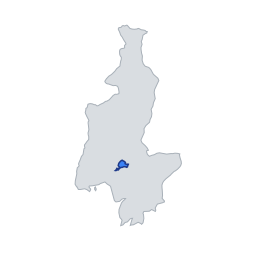 Pukchang, P'yŏngan-namdo, North Korea shown in context, rotated 319°
{"feature_id": "82179303B65927505203644", "entity_name": "Pukchang", "entity_type": "district", "adm_level": 2, "iso_a3": "PRK", "parent_name": "North Korea", "parent_adm1": "P'yŏngan-namdo", "projection": "natural_earth1", "projection_center": [126.287, 39.559], "detail": "fine", "context": "in_parent", "style": "filled", "palette": "blue", "viewbox_px": 256, "rotation_deg": 319, "n_neighbors": 0, "source": "geoboundaries", "source_scale": "gbopen_adm2", "svg_char_len": 4256}
<svg xmlns="http://www.w3.org/2000/svg" viewBox="0 0 256 256"><g transform="rotate(319 128 128)"><path d="M150.1,181.6L149.2,182.0L147.7,184.7L146.3,188.0L145.0,189.8L143.4,190.8L141.8,191.3L138.4,191.6L135.4,191.4L134.5,191.0L130.3,191.2L129.2,191.4L123.2,191.2L120.1,191.5L118.2,192.1L116.1,193.4L114.4,195.5L112.9,197.6L109.8,201.6L107.6,203.5L107.6,206.3L107.6,207.1L106.8,207.7L106.5,207.4L105.3,207.2L100.2,204.7L96.1,206.2L95.0,208.3L93.9,208.9L92.3,205.0L89.5,204.8L85.2,201.4L83.4,202.1L82.9,203.5L80.6,206.7L77.3,209.3L76.2,209.6L75.0,209.5L75.1,208.7L73.8,205.8L68.6,204.6L66.7,203.3L65.8,203.0L70.9,199.7L72.2,199.1L71.2,198.4L70.1,198.0L66.0,198.5L63.8,197.4L60.6,197.8L58.4,196.9L63.0,193.7L63.2,191.8L63.1,190.3L65.5,186.0L67.8,183.6L73.9,180.3L76.5,179.8L78.4,179.9L79.9,179.6L78.3,178.3L76.7,177.7L73.6,177.9L70.4,175.9L70.1,173.9L76.4,160.9L76.5,159.8L75.5,156.6L75.2,153.6L70.7,151.8L68.8,151.6L63.0,148.1L60.8,146.4L59.8,146.9L59.7,149.7L58.8,150.3L57.3,150.8L56.6,147.7L55.4,145.4L51.6,143.1L50.2,141.8L50.9,139.0L50.6,138.8L51.2,135.7L53.6,133.3L59.3,129.0L60.8,127.0L63.7,124.7L65.0,124.7L66.3,124.5L66.7,123.5L67.1,122.7L68.2,122.0L71.0,120.7L74.2,118.9L76.7,118.5L79.8,115.9L81.1,114.8L82.3,114.8L82.7,114.3L83.4,112.9L84.4,112.1L85.8,111.9L88.0,111.3L90.8,110.9L92.7,108.8L93.4,107.2L94.6,105.5L97.3,103.7L99.2,101.0L101.2,98.0L102.2,97.1L103.2,96.9L103.7,95.8L104.4,92.7L105.3,89.6L105.9,88.2L108.2,86.6L108.8,85.8L109.3,85.6L110.4,85.8L111.9,84.9L113.3,83.8L114.5,84.2L115.8,85.1L117.1,86.7L117.7,88.1L118.8,89.2L119.0,90.8L120.1,91.6L122.3,91.9L126.0,93.0L128.4,93.1L129.7,93.9L132.5,94.4L138.2,93.7L140.5,94.1L141.5,95.1L143.0,95.9L143.9,96.0L145.1,94.6L146.5,92.3L147.3,90.6L147.3,89.2L146.5,87.7L144.6,86.3L143.4,84.2L142.2,82.0L141.5,81.3L140.9,80.2L140.8,78.6L141.2,77.5L144.0,76.7L147.6,76.3L150.6,76.8L155.5,76.5L158.4,75.8L160.7,75.9L162.7,75.9L163.6,75.0L166.4,72.7L167.8,71.9L169.3,70.4L169.5,68.8L169.8,67.5L170.7,66.1L172.1,64.4L173.4,63.6L174.8,63.7L176.3,64.5L177.3,65.2L178.4,65.0L179.2,63.7L179.8,63.4L181.5,63.3L182.0,62.5L182.6,58.5L183.3,55.4L183.4,53.2L184.8,49.6L185.3,47.4L186.2,46.4L187.2,46.4L188.1,47.1L189.2,47.5L190.7,47.1L191.7,47.7L192.4,48.8L194.6,49.6L194.8,50.2L194.8,54.2L196.0,56.0L197.6,57.7L199.8,59.2L201.0,59.5L201.7,60.6L202.4,62.5L204.0,64.3L204.9,65.6L205.0,67.0L205.8,67.8L204.5,68.6L202.9,68.1L200.2,67.8L196.7,70.5L194.8,71.4L193.5,74.1L190.7,75.7L189.3,77.4L187.4,80.3L186.1,83.1L183.2,86.0L181.6,89.6L181.5,92.7L183.4,95.9L183.6,98.6L182.4,104.1L183.2,110.1L182.4,112.4L173.4,116.4L171.0,118.4L167.8,123.7L163.7,125.7L161.2,127.8L157.7,129.1L155.5,132.8L153.1,134.9L150.2,136.1L148.0,137.8L143.1,137.9L139.7,139.0L137.2,142.1L129.8,145.6L128.9,148.3L129.4,152.4L129.4,155.6L128.8,158.2L127.2,157.4L126.3,158.3L125.3,160.7L125.6,163.4L128.2,164.3L130.3,165.4L133.2,166.0L135.4,167.3L140.0,173.0L143.8,175.6L144.7,176.5L146.9,177.8L148.9,179.8L150.1,181.6ZM63.9,153.3L62.5,154.1L62.5,152.6L63.6,151.2L64.7,151.0L63.9,153.3Z" fill="#d9dde1" stroke="#a8b0b8" stroke-width="1"/><path d="M90.7,151.8L90.8,151.9L90.8,152.1L91.1,152.3L91.3,152.3L91.6,152.3L92.0,152.3L92.3,152.5L92.5,152.8L92.8,153.0L93.1,153.3L93.5,153.3L94.0,153.1L94.4,153.0L94.8,153.0L95.6,153.0L96.1,153.0L96.5,153.1L97.0,153.3L97.4,153.5L97.6,153.8L98.0,154.0L98.3,154.1L98.8,154.2L99.3,154.4L99.8,154.7L100.1,155.0L100.3,155.2L100.4,155.4L100.6,155.7L100.9,155.9L101.0,156.3L101.1,156.7L101.3,156.9L101.6,156.9L101.8,156.9L102.2,156.9L102.3,156.5L102.7,156.4L103.1,156.2L103.5,156.0L104.0,155.9L104.5,155.6L104.4,155.4L104.2,155.3L104.0,155.0L103.6,154.9L103.3,154.7L103.1,154.3L102.9,154.0L102.6,153.7L102.4,153.3L102.4,153.0L102.9,152.6L103.4,152.4L103.5,152.0L103.4,151.8L103.3,151.4L103.3,151.1L103.3,150.7L103.0,150.4L102.9,150.1L102.8,149.9L102.8,149.4L102.6,149.0L102.6,148.7L102.3,148.4L101.9,148.4L101.5,148.2L100.8,148.2L100.1,148.2L99.1,148.4L98.3,148.5L97.4,148.9L96.7,149.4L95.9,150.0L95.9,150.3L95.9,151.0L95.9,151.5L96.0,151.8L95.9,152.2L95.3,152.3L94.7,152.3L94.2,152.4L93.9,152.3L93.7,152.2L93.4,152.0L93.3,151.9L93.3,151.7L93.2,151.5L93.2,151.2L92.8,151.3L92.5,151.4L92.2,151.6L91.9,151.7L91.6,151.7L91.2,151.8L90.8,151.8L90.7,151.8Z" fill="#3b82f6" stroke="#1e3a8a" stroke-width="1.5"/></g></svg>